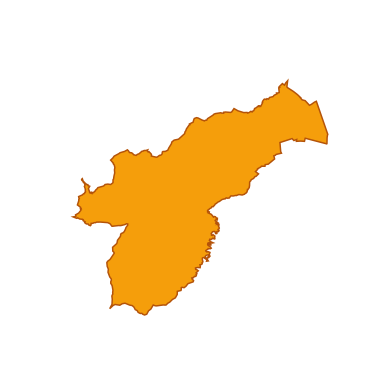 the district of Lemnia, Covasna, Romania, rotated 202°
{"feature_id": "2599482B98090680968042", "entity_name": "Lemnia", "entity_type": "district", "adm_level": 2, "iso_a3": "ROU", "parent_name": "Romania", "parent_adm1": "Covasna", "projection": "orthographic", "projection_center": [26.305, 46.106], "detail": "fine", "context": "isolated", "style": "filled", "palette": "amber", "viewbox_px": 384, "rotation_deg": 202, "n_neighbors": 0, "source": "geoboundaries", "source_scale": "gbopen_adm2", "svg_char_len": 6101}
<svg xmlns="http://www.w3.org/2000/svg" viewBox="0 0 384 384"><g transform="rotate(202 192 192)"><path d="M142.8,324.6L143.5,325.3L145.0,331.0L146.0,328.2L146.3,325.7L148.8,326.4L150.6,322.3L149.9,321.8L150.6,321.1L148.4,316.9L149.7,315.8L150.6,315.5L150.0,314.9L152.1,312.4L152.6,310.8L155.5,308.7L155.9,306.8L157.5,306.6L157.7,305.6L159.2,305.5L159.9,304.9L160.5,302.6L160.4,301.3L160.0,301.2L160.4,297.1L161.4,297.3L162.4,296.9L162.1,296.3L162.9,296.3L164.1,294.1L165.2,292.9L165.0,292.7L165.3,290.4L166.1,289.6L166.3,288.7L167.6,288.9L168.8,287.1L170.0,286.0L170.7,286.4L173.8,285.0L179.8,284.5L184.3,285.1L185.2,281.1L186.1,280.2L190.9,278.7L192.5,277.8L192.2,276.9L194.3,276.2L194.9,276.3L199.6,273.5L200.8,272.4L201.4,271.0L205.1,265.8L205.3,264.1L206.4,263.6L207.1,262.6L209.8,262.5L214.1,262.9L215.7,262.6L217.1,261.3L217.4,261.0L217.4,259.1L217.1,257.2L219.7,254.3L219.3,254.1L219.1,253.7L219.7,253.3L220.8,248.4L220.7,246.5L221.0,245.2L220.7,243.3L224.3,235.9L228.0,233.4L229.4,230.9L229.2,228.9L230.0,224.2L230.1,221.7L231.9,219.7L234.2,218.6L234.5,217.8L234.1,216.9L234.1,215.5L234.9,214.3L235.9,213.8L237.2,211.6L238.1,210.9L243.1,210.1L243.4,211.2L244.3,212.1L247.1,213.3L247.6,212.7L249.0,213.4L248.9,214.4L250.2,213.3L252.0,212.5L252.8,211.5L253.7,211.0L255.5,207.5L256.8,206.4L257.5,205.0L260.1,204.7L261.5,205.5L262.7,205.7L264.8,205.2L266.4,206.4L267.7,206.9L269.7,204.4L273.4,201.5L274.1,200.3L277.6,196.1L278.2,193.7L279.4,191.1L275.7,189.2L275.6,188.7L274.2,187.9L272.7,185.8L272.2,183.5L270.8,180.7L270.3,177.5L269.6,174.7L269.8,173.7L268.8,171.2L269.0,170.5L270.2,168.5L273.0,167.8L275.4,166.4L276.0,164.8L276.6,164.1L280.9,160.8L281.3,159.2L282.1,157.6L282.2,156.3L282.7,155.9L283.0,154.6L283.9,154.1L284.0,153.5L284.9,154.3L285.6,153.8L285.3,153.0L286.7,153.0L286.8,153.5L289.3,156.3L289.0,159.0L290.8,159.0L291.3,159.8L292.2,159.5L294.2,160.1L297.1,161.4L298.7,163.3L299.0,162.7L299.0,162.1L298.4,161.5L297.3,161.2L296.2,160.1L295.3,160.0L294.1,158.8L293.7,157.7L293.9,156.9L291.7,154.4L291.8,154.0L290.8,152.3L291.1,151.9L290.9,151.5L291.3,151.0L291.2,150.2L291.9,149.7L292.6,148.2L295.4,145.3L294.5,143.9L294.1,143.8L294.2,142.7L293.7,141.4L293.4,137.1L289.7,136.1L289.5,135.2L288.7,135.3L288.2,134.7L288.7,134.0L288.2,133.4L289.2,130.0L291.4,127.2L290.6,126.3L290.6,125.9L292.9,124.4L289.1,124.4L288.7,124.6L288.4,125.2L286.0,124.9L283.2,125.7L282.4,125.5L282.3,124.7L279.9,124.3L280.1,123.5L279.1,123.0L277.7,122.9L276.3,123.4L275.3,122.7L273.6,122.7L273.3,123.6L273.8,125.1L272.2,125.8L271.3,126.9L270.1,127.3L269.2,128.3L265.7,129.8L258.7,132.0L256.2,131.9L253.5,130.3L253.0,130.4L247.5,133.4L245.4,134.2L242.1,136.6L240.7,138.1L239.6,138.3L239.2,137.1L239.9,134.3L239.8,132.4L240.0,129.8L240.8,128.2L242.0,127.1L242.3,126.1L241.8,124.5L241.9,123.4L243.0,119.3L242.5,117.1L242.5,115.9L244.9,111.0L243.3,107.5L241.7,106.8L241.2,106.0L242.7,98.8L244.3,96.1L244.5,94.6L242.7,91.2L240.7,89.2L239.8,86.1L236.4,82.4L234.4,81.2L233.8,80.2L233.7,78.4L233.1,76.9L231.0,75.3L228.5,71.3L227.9,69.1L227.2,67.7L227.4,66.2L227.2,65.3L225.8,62.8L224.1,57.9L224.6,53.0L222.6,57.3L221.2,58.9L216.5,60.0L214.8,62.3L212.4,63.8L207.4,63.8L204.8,64.3L202.5,63.4L200.6,61.7L198.4,61.5L196.8,60.2L194.5,60.0L193.0,60.7L191.8,60.2L189.9,60.2L188.2,61.7L187.8,65.5L186.3,68.0L185.6,72.7L183.6,72.7L182.3,73.1L176.5,76.4L173.8,77.4L172.7,79.9L171.4,81.5L169.9,85.0L167.8,87.6L167.3,91.4L168.4,94.4L165.4,96.5L165.3,97.0L166.1,99.4L165.6,99.9L163.5,100.3L162.3,102.3L161.4,105.5L157.3,109.1L157.3,110.4L158.5,111.0L158.9,111.8L159.3,111.4L160.0,112.2L158.5,113.4L158.1,114.7L157.3,114.9L156.7,115.7L156.7,116.3L157.3,117.0L156.8,118.0L157.9,118.6L156.7,121.3L158.6,121.8L159.6,121.6L160.3,122.9L158.6,124.1L156.1,124.9L156.4,126.1L157.4,127.5L156.3,128.1L155.6,129.3L156.2,130.2L155.7,131.3L157.4,133.7L157.6,134.8L156.1,135.9L155.4,135.3L153.0,134.8L152.7,134.4L152.6,133.3L151.1,134.2L152.8,135.4L153.4,136.2L154.8,136.2L155.5,137.0L155.2,138.5L153.3,140.0L152.3,139.3L152.9,137.9L152.9,137.4L152.4,137.0L152.0,137.3L151.3,139.3L152.5,140.1L152.7,142.7L155.0,142.7L155.7,142.0L156.9,142.3L157.3,142.8L156.2,144.6L155.8,144.9L155.8,145.6L153.8,146.2L153.1,147.1L154.2,147.9L157.3,148.6L157.8,149.1L158.1,150.3L157.9,151.0L157.4,151.1L156.4,149.8L154.7,149.8L154.6,150.1L155.1,150.4L156.3,150.9L156.5,151.6L154.4,152.1L153.4,152.8L156.1,152.9L157.8,153.6L157.8,154.9L156.6,155.0L155.8,156.3L155.0,156.6L155.1,157.1L152.8,156.9L153.6,157.4L154.3,159.7L156.4,160.3L156.9,159.3L157.7,159.2L158.0,160.2L158.6,160.5L158.1,162.8L156.8,163.7L156.0,163.9L154.5,162.3L153.5,162.7L153.4,163.1L154.3,164.2L154.2,164.5L153.9,164.9L153.4,164.8L153.0,165.6L152.7,165.4L152.4,166.2L153.8,167.1L153.2,167.9L153.2,168.8L155.8,171.5L154.7,171.4L154.9,172.1L156.3,171.5L155.8,172.2L155.9,172.5L158.3,172.0L158.3,173.0L157.3,173.4L159.8,174.1L159.8,174.6L159.1,175.4L159.4,176.2L158.8,175.7L158.5,176.0L158.2,175.7L158.1,176.3L157.9,176.2L158.5,176.6L158.7,177.2L159.4,177.0L161.1,177.8L162.3,177.6L162.7,176.8L165.6,178.5L168.6,178.7L168.3,178.9L168.4,180.0L169.7,180.2L170.1,179.7L170.6,180.2L170.4,181.4L169.7,182.2L169.5,183.0L168.1,184.7L168.0,185.9L166.7,186.5L166.6,187.4L166.2,187.9L165.9,189.7L165.3,190.3L163.9,192.8L163.1,193.4L161.4,196.2L159.5,197.7L158.8,197.9L158.1,199.4L157.1,199.4L155.2,200.4L154.6,202.7L154.2,203.1L152.4,203.7L150.2,205.2L149.7,205.2L147.6,207.2L144.4,208.0L142.5,209.6L142.1,210.6L141.6,211.0L141.0,212.7L141.5,215.0L141.1,215.0L140.6,217.4L141.0,219.4L142.2,222.6L142.2,223.4L141.7,224.4L141.7,225.6L140.0,227.6L139.4,229.8L138.5,230.5L137.1,233.7L140.8,234.7L139.6,237.6L139.9,238.1L137.6,240.9L137.3,241.9L134.0,243.2L134.4,244.8L131.7,246.4L127.8,253.6L129.7,256.2L128.6,257.1L128.0,258.4L123.6,261.5L124.9,262.7L129.0,270.8L119.2,279.0L116.8,277.9L114.6,279.9L114.2,278.1L110.4,279.9L106.7,281.1L107.2,284.2L106.9,284.3L85.1,287.1L85.0,287.4L87.1,293.0L87.7,295.5L87.7,296.3L110.7,322.7L112.1,321.2L114.3,317.8L115.6,316.4L121.3,319.1L124.4,318.7L126.9,320.0L126.7,320.2L130.7,321.8L135.6,323.2L142.8,324.6Z" fill="#f59e0b" stroke="#b45309" stroke-width="1.5"/></g></svg>